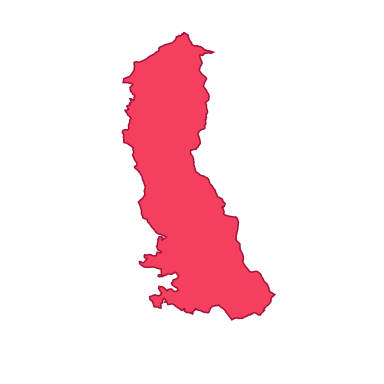 outline of Fildu De Jos, Salaj, Romania, rotated 57°
{"feature_id": "2599482B97947706093461", "entity_name": "Fildu De Jos", "entity_type": "district", "adm_level": 2, "iso_a3": "ROU", "parent_name": "Romania", "parent_adm1": "Salaj", "projection": "robinson", "projection_center": [22.992, 46.932], "detail": "fine", "context": "isolated", "style": "filled", "palette": "rose", "viewbox_px": 384, "rotation_deg": 57, "n_neighbors": 0, "source": "geoboundaries", "source_scale": "gbopen_adm2", "svg_char_len": 6056}
<svg xmlns="http://www.w3.org/2000/svg" viewBox="0 0 384 384"><g transform="rotate(57 192 192)"><path d="M302.2,243.7L299.6,239.8L299.0,236.8L300.1,234.8L299.9,234.1L300.2,233.5L301.1,233.0L301.2,232.1L301.0,231.2L303.7,230.7L306.9,229.3L309.7,228.8L310.4,229.0L314.4,228.5L320.9,228.2L320.9,226.3L321.3,225.2L321.1,224.9L321.7,223.7L321.6,223.0L323.4,222.0L324.2,220.3L325.4,218.5L325.3,217.3L325.6,216.7L325.4,216.2L325.6,215.1L326.1,214.2L325.9,213.5L326.1,212.9L325.9,212.1L326.8,210.0L326.5,209.0L326.8,208.8L327.1,207.1L326.7,205.7L328.9,204.1L331.3,203.2L332.1,202.2L331.9,202.0L332.3,201.8L331.6,200.4L330.7,195.6L329.6,195.9L328.6,192.9L328.2,191.7L328.3,190.1L328.1,188.8L327.0,185.7L324.0,183.3L323.2,178.4L317.6,181.1L314.4,179.9L310.7,179.1L308.1,179.5L306.5,180.2L302.4,179.6L300.8,179.8L298.9,179.2L297.6,179.3L295.0,180.1L293.5,181.2L291.7,185.6L290.4,186.8L282.6,187.7L279.1,187.6L278.2,187.5L277.7,186.7L275.9,185.2L272.4,183.5L266.3,182.9L261.8,180.2L261.0,180.1L257.8,181.1L256.0,181.1L255.4,180.3L252.7,178.9L252.1,177.8L250.3,176.4L248.2,173.9L245.6,172.1L245.2,171.4L244.1,170.8L242.9,169.6L239.0,168.4L237.5,168.6L236.6,169.0L235.8,170.5L231.6,175.0L229.2,176.9L227.9,177.3L227.3,177.1L226.2,175.9L224.0,175.2L221.8,175.4L221.0,175.1L220.9,174.5L221.7,174.1L221.1,173.7L221.7,172.9L221.6,172.5L219.6,170.4L217.1,171.4L215.9,170.7L214.5,170.5L212.6,171.3L209.7,173.3L208.5,172.7L205.1,172.4L204.1,171.8L202.4,171.6L200.7,172.1L198.5,171.7L194.9,172.4L189.8,171.1L189.3,171.5L188.2,171.6L187.0,172.7L185.6,173.1L182.2,176.0L179.7,176.5L177.1,177.7L169.3,175.3L168.1,174.1L164.0,172.4L160.8,172.0L159.4,172.4L156.4,170.6L157.0,168.0L158.4,165.4L157.7,163.9L157.5,162.4L156.8,161.5L156.1,159.3L155.5,158.5L155.1,158.1L151.1,156.5L146.1,155.3L145.7,153.9L144.9,152.8L145.0,152.0L144.8,151.5L144.8,150.2L145.6,147.8L145.4,146.2L142.9,145.2L142.6,144.7L142.9,143.8L142.7,143.5L138.4,141.1L138.2,140.9L138.5,140.6L137.6,140.1L137.4,139.2L135.9,138.8L134.8,138.1L134.8,137.4L134.2,137.0L133.8,135.8L133.1,135.2L128.7,133.7L126.9,132.5L124.7,132.4L124.4,131.0L123.9,130.1L124.0,128.1L122.6,126.8L121.8,126.5L121.6,125.9L119.3,124.8L116.4,124.9L114.6,124.5L109.8,124.9L109.3,124.7L107.1,121.9L105.8,119.6L105.4,118.4L103.9,117.9L98.0,119.6L94.2,119.7L92.0,117.6L90.1,114.5L90.0,113.9L88.9,112.9L86.6,112.7L83.1,111.8L81.6,111.0L81.5,110.2L82.9,109.0L83.3,108.3L82.4,106.1L82.8,105.8L84.4,102.2L86.1,100.6L86.4,97.8L82.9,100.7L82.1,101.9L80.1,103.5L78.2,104.4L76.4,104.8L74.4,105.9L73.4,107.3L72.2,107.8L71.3,109.9L68.7,111.6L67.8,111.7L66.5,111.0L65.1,111.4L62.3,111.1L59.2,110.3L58.7,109.8L57.7,109.9L55.5,111.3L54.7,111.3L53.8,112.3L54.9,113.3L54.3,113.7L54.4,114.1L54.1,114.5L54.9,115.5L54.6,116.3L54.8,116.6L53.6,117.7L54.1,118.3L53.4,120.1L53.5,120.9L54.0,120.9L55.3,123.1L56.1,127.2L53.8,134.9L53.0,140.5L53.5,141.6L55.1,142.3L55.5,143.1L55.2,145.0L55.6,149.2L55.1,154.2L55.6,157.6L55.5,159.5L55.2,160.0L55.3,160.9L55.0,163.1L54.6,164.0L54.5,165.4L53.5,166.9L52.5,167.5L51.7,169.9L52.6,170.6L55.0,171.7L58.3,174.0L61.2,181.0L59.8,187.3L62.7,190.2L65.5,186.1L66.8,185.1L68.2,183.4L69.5,183.4L69.9,183.4L70.0,184.9L70.5,187.1L74.2,188.8L74.7,188.4L76.0,188.1L77.4,188.5L79.5,187.6L80.6,187.7L80.9,189.0L83.0,190.0L82.5,191.0L82.9,191.1L80.5,192.5L80.0,193.4L83.4,193.6L83.6,194.1L83.4,195.5L83.5,196.1L84.8,196.2L85.2,196.8L84.6,198.0L84.5,200.0L88.1,200.2L87.9,201.8L87.2,203.1L87.7,203.0L87.7,203.9L90.7,203.6L92.6,203.9L94.8,203.1L97.1,203.2L97.7,204.9L99.6,206.4L101.5,209.0L104.7,210.7L104.8,212.0L103.9,213.2L103.0,215.1L102.9,216.7L103.8,217.8L104.9,218.2L107.0,217.9L108.6,219.6L111.1,220.7L113.3,222.3L115.6,220.0L121.7,217.6L122.8,216.9L124.2,218.6L126.0,218.8L127.0,219.2L128.6,221.7L133.3,222.6L137.5,222.5L139.3,223.4L139.7,223.7L139.3,226.4L139.6,226.7L141.5,226.7L142.9,226.0L147.5,225.3L151.8,225.5L155.0,226.8L156.7,226.9L162.7,228.6L165.0,231.5L167.4,232.3L169.2,233.4L169.2,234.5L170.3,236.2L170.6,239.4L171.3,242.5L175.8,243.1L180.4,244.7L182.7,246.3L185.2,246.6L186.9,247.2L187.6,247.0L190.6,244.6L192.9,245.5L195.0,244.9L199.1,244.9L201.2,244.7L201.6,244.3L206.0,244.2L207.8,243.6L213.0,239.6L215.7,238.0L215.9,239.2L216.1,243.1L215.7,243.0L214.2,241.4L212.8,242.0L212.6,242.6L211.7,243.9L212.3,244.6L213.1,246.5L214.4,247.0L216.7,249.4L218.1,250.3L218.1,251.2L218.4,251.4L221.7,252.0L223.1,251.6L224.2,250.5L225.6,250.2L226.0,250.6L226.0,251.2L225.1,252.1L224.9,252.8L223.5,253.9L224.9,255.8L225.6,256.3L225.9,256.9L224.4,259.4L222.3,260.6L220.9,262.3L220.5,264.1L219.9,264.9L218.9,265.5L218.9,266.1L219.3,266.6L221.2,267.7L222.8,265.8L223.5,266.3L224.7,270.1L224.6,271.6L224.4,272.0L222.2,273.1L221.7,273.9L221.9,274.3L223.0,274.7L224.4,274.8L228.8,273.1L231.1,270.2L233.3,266.1L234.9,264.2L238.3,261.6L239.5,259.8L244.9,262.7L243.9,263.9L243.3,265.5L243.8,266.1L245.4,265.6L245.5,265.0L246.7,263.3L246.6,262.7L246.1,262.5L246.1,261.8L247.0,261.4L246.8,260.8L247.2,260.5L247.6,258.8L247.5,256.9L250.0,253.6L250.2,251.5L249.9,250.5L250.3,249.9L250.6,249.5L252.0,249.2L255.3,249.3L255.9,249.7L256.3,251.1L256.3,252.7L255.5,255.7L256.8,257.0L257.1,258.6L257.5,259.1L259.1,259.2L260.8,258.7L263.1,257.7L263.9,256.8L266.5,256.9L267.0,257.3L266.9,258.3L265.9,261.0L262.0,262.1L260.7,265.1L261.4,266.4L255.7,268.2L253.2,271.1L254.8,272.5L255.1,272.2L257.5,272.7L260.5,272.5L260.6,274.3L261.3,274.5L261.3,275.3L260.7,276.9L258.3,278.8L257.3,281.2L257.4,282.8L256.7,283.8L256.8,284.6L257.0,284.9L259.0,285.7L261.1,285.4L261.9,284.7L267.8,286.2L269.9,283.2L271.5,282.5L272.5,281.3L268.6,278.7L268.5,278.4L268.9,277.3L266.6,275.1L265.7,273.7L267.2,273.0L268.5,273.1L269.5,274.8L270.1,273.0L273.3,273.5L274.4,271.2L274.9,269.6L276.8,268.4L279.3,267.8L283.6,265.9L285.5,265.4L286.0,264.3L285.5,262.6L285.8,261.8L286.5,261.9L287.6,263.3L290.3,262.0L291.6,260.0L292.8,259.3L292.3,258.8L292.4,258.5L294.5,258.1L294.2,257.6L294.3,257.1L293.1,256.8L292.7,256.3L292.6,254.0L292.0,253.5L292.7,252.9L291.9,252.4L294.4,251.3L296.1,249.5L298.9,247.8L302.0,244.4L302.2,243.7Z" fill="#f43f5e" stroke="#9f1239" stroke-width="1.5"/></g></svg>